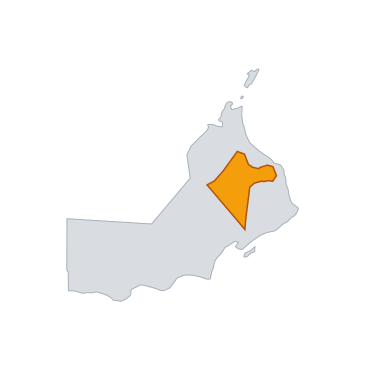 Oman, with Ad Dakhliyah highlighted, rotated 23°
{"feature_id": "OMN-2404", "entity_name": "Ad Dakhliyah", "entity_type": "Region", "adm_level": 1, "iso_a3": "OMN", "parent_name": "Oman", "parent_adm1": "", "projection": "mercator", "projection_center": [57.794, 22.3], "detail": "fine", "context": "in_parent", "style": "filled", "palette": "amber", "viewbox_px": 384, "rotation_deg": 23, "n_neighbors": 0, "source": "natural_earth", "source_scale": "10m", "svg_char_len": 3375}
<svg xmlns="http://www.w3.org/2000/svg" viewBox="0 0 384 384"><g transform="rotate(23 192 192)"><path d="M116.9,331.1L115.2,327.5L113.6,323.8L112.0,320.1L110.4,316.5L109.3,313.9L107.4,313.0L106.2,310.3L105.0,307.5L103.9,304.7L102.7,301.9L101.5,299.1L100.3,296.3L99.1,293.5L98.0,290.7L96.8,287.9L95.6,285.1L94.4,282.3L93.3,279.5L92.1,276.7L90.9,273.9L89.7,271.1L88.5,268.3L87.4,265.5L91.1,264.1L95.7,262.5L100.3,260.9L104.9,259.3L109.4,257.7L114.0,256.1L118.6,254.4L123.2,252.8L127.8,251.2L132.3,249.6L136.9,248.0L141.5,246.3L146.1,244.7L150.7,243.1L155.2,241.5L159.8,239.9L164.4,238.2L167.2,237.2L168.4,233.4L169.4,230.3L170.4,227.2L171.3,224.0L172.3,220.9L173.3,217.7L174.3,214.6L175.2,211.4L176.2,208.3L177.2,205.1L178.2,201.9L179.1,198.8L180.1,195.6L181.1,192.4L182.1,189.3L183.0,186.1L184.0,182.9L184.9,180.0L183.2,177.2L181.0,173.4L178.6,169.5L176.4,165.8L174.7,163.1L172.8,159.8L173.0,155.6L173.0,153.5L173.2,150.2L175.0,145.7L177.2,140.0L178.9,136.2L180.3,132.9L181.4,130.2L182.0,127.5L181.7,125.5L180.9,124.8L180.3,123.9L182.4,122.5L186.4,121.5L188.6,121.7L191.6,121.0L194.1,120.4L194.3,119.5L193.6,118.0L192.6,115.9L189.1,115.7L188.1,115.1L189.3,112.0L189.2,111.0L188.8,109.8L188.3,107.9L188.5,105.3L189.2,103.6L189.2,102.2L188.9,99.4L189.0,96.8L189.7,95.5L191.0,94.4L192.2,93.8L193.5,93.8L194.5,94.3L194.9,95.7L194.6,96.6L193.9,96.7L193.7,97.1L194.7,98.9L196.2,100.6L197.3,100.3L198.6,98.9L199.9,97.8L201.6,96.9L202.8,95.0L203.9,93.7L204.8,93.6L207.5,101.3L211.5,108.5L215.1,112.4L218.8,117.8L224.4,122.8L226.9,124.5L237.4,127.9L243.1,129.2L250.9,130.5L256.4,133.2L258.2,133.3L261.0,132.5L263.1,132.6L268.3,136.2L269.8,139.7L272.0,141.6L273.9,144.4L275.1,147.5L279.5,152.1L282.6,157.2L285.8,161.0L288.6,163.4L292.9,164.3L296.3,165.4L296.6,168.0L296.3,171.3L295.6,173.7L292.5,178.5L291.7,181.5L288.1,186.3L284.2,194.4L282.4,196.2L276.2,200.4L271.6,205.5L266.1,214.2L261.9,222.8L260.3,225.6L257.0,226.1L254.8,225.9L253.3,225.1L253.9,222.7L254.2,220.1L252.2,220.4L250.5,220.9L246.3,227.4L244.0,230.2L243.6,233.8L242.4,238.4L240.8,242.6L240.1,246.2L240.1,248.2L241.3,253.2L241.4,258.2L242.1,261.2L242.7,264.9L240.8,266.0L239.1,266.5L232.5,266.9L225.8,268.1L219.9,270.2L216.5,272.3L211.9,277.0L209.1,288.8L204.7,293.8L201.7,294.8L194.4,295.2L184.2,296.6L180.6,297.8L174.6,305.0L174.2,307.3L175.3,308.9L175.7,310.7L175.2,312.4L172.5,317.0L169.5,320.3L161.8,322.3L158.9,321.1L156.3,320.5L151.2,320.4L143.0,321.2L140.0,323.6L135.2,325.4L130.8,328.0L122.5,329.0L116.9,331.1ZM202.4,73.8L201.9,74.5L201.1,74.5L199.3,73.9L198.3,72.6L198.5,71.0L198.6,67.9L199.1,65.1L198.9,62.0L197.6,61.4L196.6,61.6L198.8,57.3L199.7,56.6L200.5,56.9L202.6,56.5L203.7,54.1L204.5,52.9L205.5,53.0L205.9,53.7L205.6,57.3L205.5,60.2L204.4,69.2L203.2,70.8L202.6,72.0L202.4,73.8ZM266.9,230.9L265.3,231.3L264.8,231.1L264.8,227.5L268.7,223.0L271.3,217.8L273.0,222.5L270.0,225.1L268.3,229.5L266.9,230.9ZM202.0,86.0L200.9,86.8L200.1,86.7L200.2,85.1L200.7,84.0L201.8,84.1L202.1,84.7L202.0,86.0Z" fill="#d9dde1" stroke="#a8b0b8" stroke-width="1"/><path d="M249.9,188.4L252.5,197.3L255.4,206.0L247.0,201.6L203.1,179.6L208.4,172.8L212.6,160.0L217.8,137.0L225.4,136.6L233.3,144.7L236.4,145.1L237.4,145.6L244.3,144.5L245.1,142.7L250.9,137.8L256.6,137.1L263.4,144.0L262.1,150.6L258.1,151.6L253.7,154.5L252.0,154.7L245.9,159.5L243.3,165.0L249.9,188.4Z" fill="#f59e0b" stroke="#b45309" stroke-width="1.5"/></g></svg>